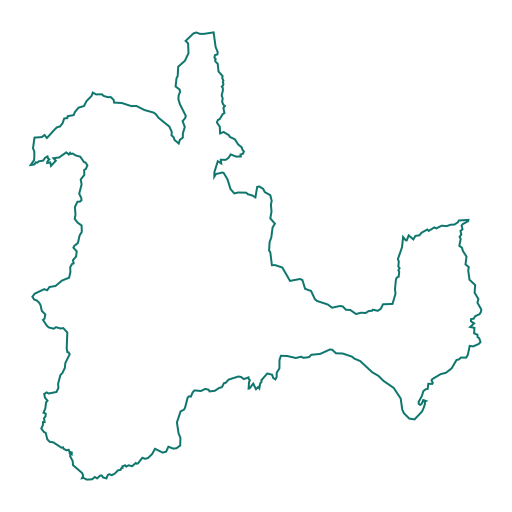 La Playa, Norte de Santander, Colombia
{"feature_id": "7082276B99344339057912", "entity_name": "La Playa", "entity_type": "district", "adm_level": 2, "iso_a3": "COL", "parent_name": "Colombia", "parent_adm1": "Norte de Santander", "projection": "robinson", "projection_center": [-73.187, 8.269], "detail": "fine", "context": "isolated", "style": "outline", "palette": "teal", "viewbox_px": 512, "rotation_deg": 0, "n_neighbors": 0, "source": "geoboundaries", "source_scale": "gbopen_adm2", "svg_char_len": 5916}
<svg xmlns="http://www.w3.org/2000/svg" viewBox="0 0 512 512"><path d="M468.4,219.9L458.9,220.5L457.8,222.4L454.3,224.6L450.7,224.7L446.7,226.1L441.7,225.7L436.2,228.4L434.4,227.4L428.7,230.9L427.3,229.5L421.4,232.8L419.5,235.3L415.4,235.9L413.3,239.4L408.7,235.4L406.7,240.4L405.7,240.3L403.1,237.0L402.0,247.3L397.9,259.1L398.8,261.5L398.3,266.4L399.6,268.2L398.4,270.3L399.2,271.9L398.7,276.6L396.7,277.7L395.9,279.7L395.0,288.9L395.5,293.7L392.5,303.9L383.0,304.3L380.8,308.8L377.8,310.8L372.8,309.7L371.9,310.8L368.8,311.0L365.6,313.0L361.2,312.7L356.0,314.0L350.3,310.0L345.8,309.7L342.9,306.5L339.9,306.0L332.1,307.7L327.8,304.5L317.1,301.0L314.9,299.2L311.1,291.0L305.1,288.8L302.4,280.0L299.9,279.0L290.0,280.9L282.3,267.5L275.1,265.1L271.9,265.2L270.3,252.3L269.1,250.5L269.6,242.1L271.3,237.4L272.6,227.4L274.9,223.7L270.3,218.4L271.5,211.6L270.9,204.6L271.7,200.9L270.3,195.2L264.8,192.1L263.1,188.8L259.3,186.5L257.2,186.9L255.4,197.4L252.4,195.5L247.8,194.2L246.2,192.7L238.2,192.5L234.3,193.4L230.5,189.1L227.5,179.3L223.7,173.0L222.4,172.5L216.0,174.0L214.3,176.7L214.4,172.1L217.8,161.2L221.2,163.4L220.8,159.7L225.5,159.9L228.4,158.0L230.7,154.4L236.1,156.6L240.8,156.5L240.5,154.6L243.0,153.7L243.9,151.5L242.3,149.6L241.7,147.3L238.1,144.4L234.9,139.3L229.8,136.9L229.0,135.3L223.7,132.0L220.1,133.4L219.8,126.8L216.9,122.5L217.8,120.1L219.8,119.0L222.6,114.2L224.4,113.1L223.4,107.8L224.9,106.0L223.6,105.1L222.1,101.9L222.7,98.5L221.7,95.4L222.9,90.4L222.8,88.0L221.8,86.6L223.1,85.4L223.4,83.6L222.8,82.3L223.4,80.7L222.2,78.0L222.6,76.1L218.5,71.5L217.7,63.7L215.9,62.1L215.0,60.4L215.7,59.0L214.4,57.5L215.0,55.1L217.4,54.4L217.7,52.1L215.6,46.9L213.6,32.4L203.7,33.9L200.0,33.9L196.3,32.5L193.5,33.4L185.6,40.9L188.1,43.4L188.5,53.2L184.9,60.8L178.2,66.7L177.7,76.0L176.5,78.3L175.6,86.5L179.6,89.5L180.1,91.7L178.6,95.6L178.4,99.3L180.0,104.4L185.8,115.9L185.2,118.1L182.6,121.1L184.8,127.0L182.9,133.3L182.8,137.6L179.9,139.8L178.7,143.5L174.5,139.9L173.7,137.3L171.5,135.3L171.8,132.0L169.3,126.5L158.4,117.7L156.0,114.3L153.6,112.6L144.4,110.0L136.5,106.0L131.3,106.1L121.8,103.0L114.1,102.6L113.6,99.8L110.8,97.1L107.5,97.1L103.8,96.0L101.8,94.3L96.1,94.4L92.8,92.6L91.5,96.0L86.5,101.1L84.0,106.0L78.5,107.7L75.0,111.9L73.6,115.1L67.7,116.2L67.3,118.1L64.2,118.5L62.6,123.2L60.0,126.5L57.2,127.2L55.4,128.7L46.9,138.0L44.5,135.0L41.8,137.1L34.5,137.6L33.0,148.3L34.3,151.4L34.3,157.8L34.0,160.2L30.7,165.0L34.5,164.4L35.6,162.4L37.3,162.7L38.6,161.4L43.2,160.6L45.1,157.8L47.5,156.4L48.0,158.3L49.3,159.3L47.3,161.6L47.2,163.0L50.2,162.4L51.0,165.9L55.8,160.7L53.5,158.2L59.0,157.5L66.3,152.4L68.8,154.5L70.1,152.8L71.1,154.0L72.8,153.6L75.6,155.4L80.3,156.7L83.9,162.0L85.6,162.6L87.4,165.3L85.9,168.9L84.2,170.0L84.3,174.9L80.7,179.5L81.6,184.4L79.2,193.7L81.3,198.1L81.4,200.4L79.9,201.6L77.4,201.8L74.9,207.0L75.5,214.6L74.7,218.9L77.6,222.6L81.6,225.5L81.8,231.9L79.6,235.5L77.9,243.0L74.3,245.8L73.4,247.7L76.7,251.3L76.1,256.5L73.0,260.1L73.6,263.4L72.1,263.9L70.2,267.2L70.4,272.0L69.1,277.7L61.9,280.6L55.5,286.0L49.5,287.0L47.2,290.2L44.1,289.2L34.7,293.7L32.4,296.7L34.1,299.5L37.0,300.6L39.2,302.8L40.5,305.0L41.8,310.9L45.3,314.4L44.5,318.7L43.0,319.9L46.8,325.6L48.7,327.4L53.7,328.7L56.0,327.2L60.6,328.5L63.3,328.1L67.3,332.5L66.7,348.7L67.4,352.2L68.7,352.4L69.7,354.2L65.3,363.1L64.9,367.8L62.4,373.0L60.4,375.1L58.1,383.8L58.4,388.1L56.4,392.0L48.7,393.5L46.7,392.4L44.2,394.0L45.0,397.7L47.5,400.7L46.0,402.5L45.4,408.2L43.5,412.7L45.7,413.6L45.6,416.2L44.0,418.3L44.6,422.1L43.0,422.1L42.9,425.1L41.3,428.5L43.7,431.8L45.7,432.9L47.3,439.3L49.7,441.8L53.4,442.4L61.5,447.7L63.1,447.4L63.5,448.7L66.4,450.3L68.7,449.8L69.4,451.7L71.8,452.5L71.7,454.0L70.3,452.6L69.7,453.2L70.5,454.6L70.1,456.1L72.7,461.1L73.0,465.1L82.2,473.1L83.2,475.7L82.0,478.2L83.5,477.9L86.8,479.6L92.1,479.3L94.8,477.0L97.1,478.4L100.3,475.5L101.9,475.6L103.0,477.4L106.4,478.4L107.8,475.0L109.3,474.2L111.7,475.2L114.7,473.7L117.9,470.4L120.7,469.8L121.2,468.3L122.6,467.9L122.4,466.3L125.2,465.3L126.3,466.6L128.6,465.3L132.1,466.2L135.8,463.0L136.7,463.7L138.0,463.4L142.3,457.8L145.1,458.8L147.9,458.1L152.1,454.1L155.0,448.8L162.7,452.6L166.1,451.7L168.4,446.7L173.2,448.6L176.4,448.3L180.2,445.5L180.4,437.8L178.6,433.5L176.9,422.4L180.6,411.4L184.0,409.6L185.0,407.8L187.7,397.5L189.1,396.3L190.9,396.6L192.7,392.3L194.5,390.4L200.9,391.0L205.3,388.9L208.5,389.7L209.6,391.4L214.8,390.8L219.2,387.9L221.9,387.2L224.0,383.1L225.7,382.8L228.6,379.6L238.4,376.5L241.1,377.0L243.8,379.1L248.5,377.4L248.7,378.9L249.9,380.2L249.1,381.8L248.6,388.6L249.7,388.3L253.2,383.6L256.0,389.2L258.2,387.0L259.3,388.4L260.2,383.4L261.5,382.0L261.4,380.2L267.3,373.5L272.1,374.7L273.2,378.0L275.4,379.4L276.7,376.7L276.7,372.8L279.4,368.4L279.5,360.0L280.9,355.8L287.2,356.0L295.8,358.0L301.2,356.7L303.2,357.8L307.3,357.4L309.2,357.0L311.3,354.8L320.2,353.9L329.9,349.5L332.1,349.7L336.0,353.3L342.6,353.5L351.9,356.6L354.5,358.7L360.1,361.0L372.3,372.3L378.5,375.9L383.4,380.8L393.7,387.9L400.7,398.5L402.2,409.4L403.9,413.2L409.3,418.6L414.5,419.4L422.0,411.6L423.8,407.5L425.1,403.4L424.5,401.8L426.0,401.0L423.3,400.0L421.6,403.9L420.2,404.9L418.7,403.9L418.7,401.8L422.0,395.7L423.3,391.2L425.6,389.3L427.7,388.9L428.3,383.8L432.2,383.9L432.8,382.9L431.5,380.3L432.3,379.1L440.7,374.1L445.9,372.8L451.6,368.4L456.5,360.0L459.0,359.4L460.8,357.6L466.2,357.6L467.8,354.9L469.7,345.9L473.2,346.4L478.8,343.9L480.5,342.1L479.2,338.2L477.6,337.1L477.5,334.8L474.1,333.3L474.4,327.9L470.2,327.0L474.1,323.3L471.0,321.4L471.1,319.1L473.7,318.7L475.1,316.2L479.5,314.2L481.0,311.8L481.3,309.5L477.4,302.6L478.4,299.0L474.6,292.7L475.2,285.1L469.5,279.7L468.2,270.4L468.8,267.1L465.5,264.4L466.5,256.6L462.9,251.0L462.0,247.8L459.3,245.8L460.7,239.0L459.6,236.8L461.3,234.6L460.5,230.8L462.5,229.4L461.6,225.6L462.7,224.1L468.1,221.2L468.4,219.9Z" fill="none" stroke="#0f766e" stroke-width="2"/></svg>